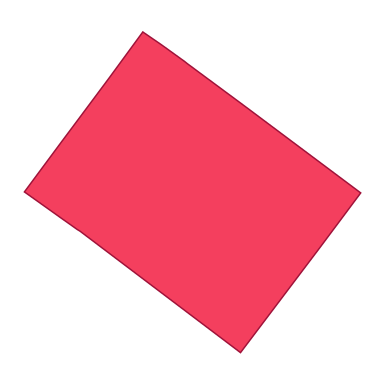 Boone, Indiana, United States of America, rotated 217°
{"feature_id": "52423323B87712405938690", "entity_name": "Boone", "entity_type": "district", "adm_level": 2, "iso_a3": "USA", "parent_name": "United States of America", "parent_adm1": "Indiana", "projection": "equal_earth", "projection_center": [-86.376, 40.052], "detail": "fine", "context": "isolated", "style": "filled", "palette": "rose", "viewbox_px": 384, "rotation_deg": 217, "n_neighbors": 0, "source": "geoboundaries", "source_scale": "gbopen_adm2", "svg_char_len": 367}
<svg xmlns="http://www.w3.org/2000/svg" viewBox="0 0 384 384"><g transform="rotate(217 192 192)"><path d="M276.1,291.8L304.6,291.2L327.6,290.2L326.8,233.4L326.5,177.1L326.4,154.4L325.9,91.2L280.7,92.4L260.9,93.0L258.2,93.3L56.6,92.9L56.4,224.1L56.7,292.8L202.6,292.3L258.9,291.8L273.1,291.7L276.1,291.8Z" fill="#f43f5e" stroke="#9f1239" stroke-width="1.5"/></g></svg>